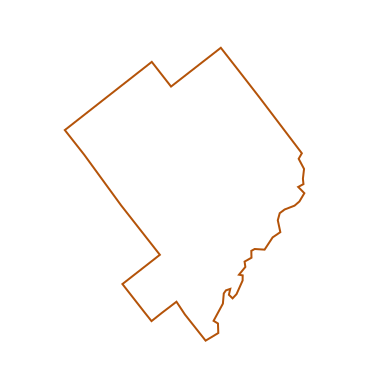 the district of Pittsburg, Oklahoma, United States of America, rotated 142°
{"feature_id": "52423323B82358250228718", "entity_name": "Pittsburg", "entity_type": "district", "adm_level": 2, "iso_a3": "USA", "parent_name": "United States of America", "parent_adm1": "Oklahoma", "projection": "robinson", "projection_center": [-95.719, 34.947], "detail": "fine", "context": "isolated", "style": "outline", "palette": "amber", "viewbox_px": 384, "rotation_deg": 142, "n_neighbors": 0, "source": "geoboundaries", "source_scale": "gbopen_adm2", "svg_char_len": 767}
<svg xmlns="http://www.w3.org/2000/svg" viewBox="0 0 384 384"><g transform="rotate(142 192 192)"><path d="M254.0,287.7L256.1,225.1L256.0,162.3L303.5,162.3L303.5,151.8L303.5,127.5L303.4,115.2L290.1,115.3L271.8,115.1L273.0,99.9L272.8,66.5L258.1,64.7L252.5,72.4L254.3,77.2L236.4,85.0L229.4,92.5L225.8,93.6L221.5,92.1L226.2,88.3L225.5,83.2L219.8,84.1L206.6,91.1L203.4,95.1L205.9,97.9L196.1,100.1L193.4,104.8L185.6,103.6L181.5,109.1L177.7,108.5L170.3,101.9L156.4,106.6L147.1,106.0L141.8,116.9L135.9,121.3L129.8,121.2L119.6,118.1L113.2,118.4L104.2,121.9L105.2,130.6L99.3,129.6L96.5,134.1L89.5,141.2L87.5,152.5L81.6,154.9L80.6,225.2L80.5,256.6L80.5,287.9L143.6,288.0L143.6,319.3L206.7,319.2L254.1,319.1L254.0,287.7Z" fill="none" stroke="#b45309" stroke-width="2"/></g></svg>